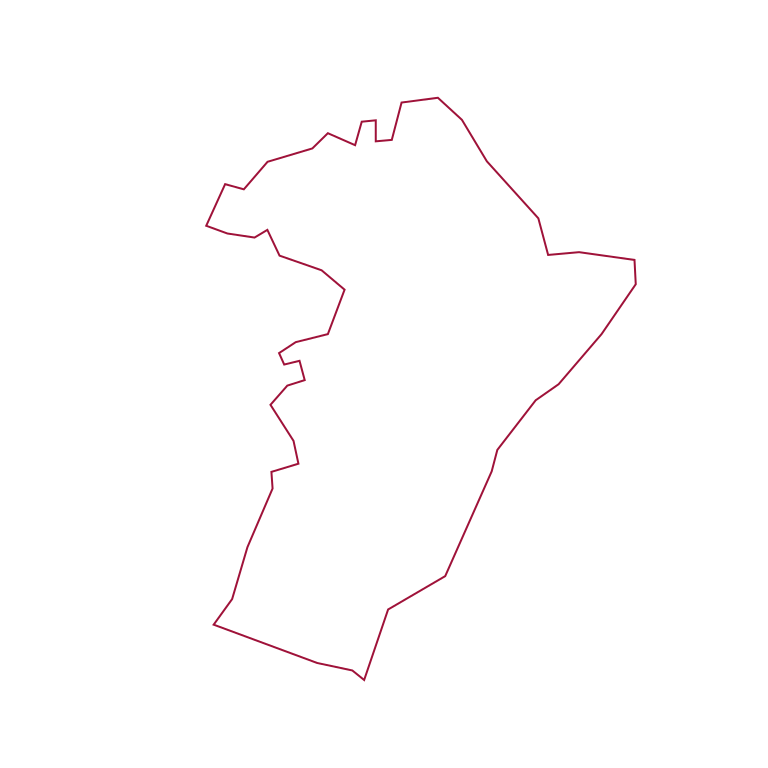 Cheatham, Tennessee, United States of America, rotated 16°
{"feature_id": "52423323B26737706677925", "entity_name": "Cheatham", "entity_type": "district", "adm_level": 2, "iso_a3": "USA", "parent_name": "United States of America", "parent_adm1": "Tennessee", "projection": "albers", "projection_center": [-87.13, 36.248], "detail": "fine", "context": "isolated", "style": "outline", "palette": "rose", "viewbox_px": 768, "rotation_deg": 16, "n_neighbors": 0, "source": "geoboundaries", "source_scale": "gbopen_adm2", "svg_char_len": 788}
<svg xmlns="http://www.w3.org/2000/svg" viewBox="0 0 768 768"><g transform="rotate(16 384 384)"><path d="M169.5,280.9L192.0,282.5L219.2,278.9L229.4,268.0L248.2,289.4L292.7,291.9L320.1,304.2L316.3,351.5L287.6,368.1L274.6,383.2L282.7,392.8L296.4,385.0L306.7,402.1L291.5,412.2L280.6,435.3L312.7,463.6L323.7,484.2L300.0,499.5L305.7,515.2L297.7,578.5L297.3,632.6L286.6,662.3L396.7,670.6L432.5,668.1L446.5,674.0L450.1,599.6L495.8,551.8L511.6,438.3L511.1,416.1L534.3,357.8L551.9,336.1L579.4,276.0L598.5,218.7L590.6,195.7L535.2,203.5L506.2,214.7L486.7,182.2L421.5,141.6L386.1,108.6L356.9,94.0L323.3,108.6L324.2,147.2L309.2,153.0L303.4,132.8L290.3,138.0L290.4,162.4L260.9,158.4L250.2,177.3L210.8,202.5L195.6,235.5L176.2,235.7L169.5,280.9Z" fill="none" stroke="#9f1239" stroke-width="2"/></g></svg>